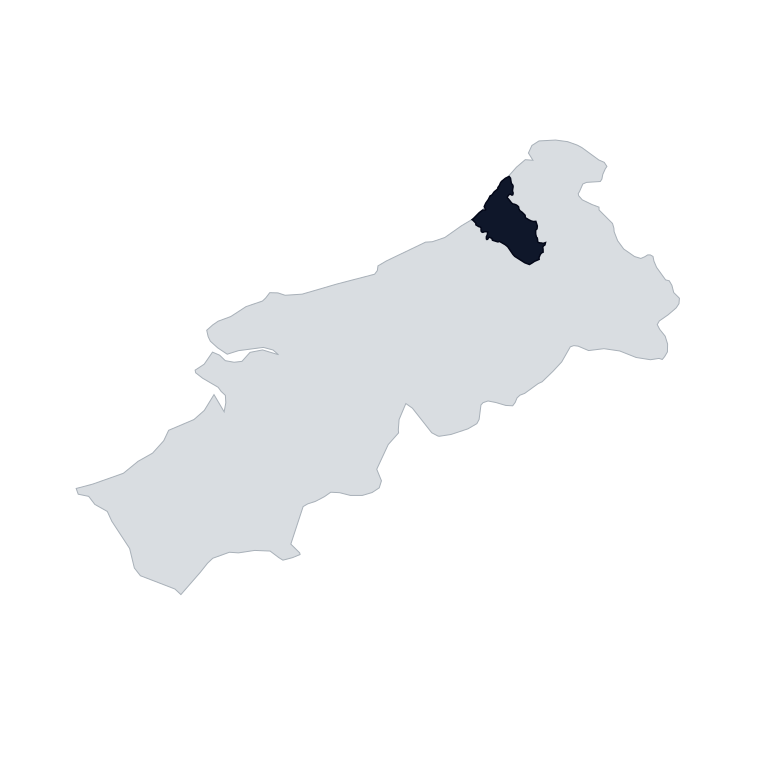 where Porto sits in Portugal, rotated 52°
{"feature_id": "PRT-754", "entity_name": "Porto", "entity_type": "District", "adm_level": 1, "iso_a3": "PRT", "parent_name": "Portugal", "parent_adm1": "", "projection": "mercator", "projection_center": [-8.398, 41.24], "detail": "fine", "context": "in_parent", "style": "filled", "palette": "ink", "viewbox_px": 768, "rotation_deg": 52, "n_neighbors": 0, "source": "natural_earth", "source_scale": "10m", "svg_char_len": 4086}
<svg xmlns="http://www.w3.org/2000/svg" viewBox="0 0 768 768"><g transform="rotate(52 384 384)"><path d="M297.4,98.6L306.1,90.1L314.8,84.6L319.6,82.5L339.7,76.8L344.9,74.0L349.8,74.4L350.7,77.2L353.5,82.5L356.7,86.2L357.6,88.9L349.8,100.3L348.8,104.2L352.8,111.6L353.5,113.7L355.5,114.7L360.9,114.4L370.5,109.7L377.0,105.7L379.3,107.4L398.2,105.1L402.7,106.9L405.7,108.9L415.0,111.7L425.2,112.0L437.8,108.1L443.2,104.3L444.3,100.0L444.6,96.8L446.2,94.7L449.1,93.5L453.5,95.7L459.9,97.4L475.3,98.0L478.3,95.7L483.5,96.4L490.3,99.4L498.3,98.4L502.3,102.1L503.9,106.9L504.4,117.5L503.8,128.2L505.4,132.1L510.7,133.1L519.4,133.0L527.1,135.9L533.2,140.9L535.2,146.0L536.0,149.6L533.1,151.6L528.9,159.1L518.3,169.0L503.1,177.9L491.6,188.9L483.6,202.2L473.7,207.7L470.6,210.8L469.4,214.3L476.0,230.4L478.0,242.8L479.6,258.0L478.6,262.3L478.0,278.9L476.5,283.8L476.9,287.8L479.3,292.0L480.4,296.0L475.9,301.2L467.5,307.2L461.4,312.5L459.7,317.4L460.2,320.5L470.5,330.9L472.4,335.2L471.0,345.5L465.0,362.3L459.3,372.5L458.3,373.5L451.8,376.4L420.5,376.5L412.9,378.8L414.0,380.9L421.3,394.0L429.0,401.0L431.5,402.6L434.3,417.9L446.7,442.2L458.7,445.6L462.9,451.7L462.2,460.2L458.5,469.6L451.1,479.1L442.3,485.9L436.5,492.6L436.1,500.3L434.3,510.2L431.5,517.9L430.8,523.2L452.8,556.0L465.1,554.4L466.7,555.1L464.5,563.0L460.6,572.1L456.0,573.8L445.5,576.6L435.5,588.4L427.5,602.6L421.4,609.4L415.9,626.2L416.6,633.5L419.3,644.7L424.9,673.7L416.8,675.0L385.1,694.0L375.3,694.0L357.0,685.7L324.6,683.0L314.1,680.5L300.9,686.0L290.7,685.9L282.6,692.8L276.8,690.9L283.5,675.3L293.9,644.3L293.5,625.4L296.0,608.9L293.1,592.5L287.9,582.2L295.0,555.6L294.2,541.9L287.7,524.5L307.5,527.1L301.4,520.2L295.3,516.0L289.5,516.9L284.5,516.7L267.7,523.4L259.2,525.5L256.8,524.3L257.7,513.5L253.3,499.5L260.1,495.8L267.9,494.7L274.6,488.7L278.7,482.0L276.6,470.1L282.4,458.7L296.0,449.1L288.9,450.5L280.9,456.5L268.1,478.2L264.0,489.2L253.1,492.8L243.4,494.5L238.4,493.4L232.5,490.6L232.0,482.5L232.4,476.0L236.5,463.2L238.1,445.0L243.8,428.7L243.4,424.3L241.7,417.8L246.9,411.5L253.2,407.3L262.8,393.2L276.2,359.6L291.7,323.8L290.5,319.4L287.2,316.0L288.5,306.3L297.8,263.9L301.6,258.4L306.0,245.9L307.0,225.7L308.7,211.8L308.3,204.8L306.9,196.4L301.0,180.3L294.7,146.1L294.2,134.6L299.4,128.9L290.9,128.0L287.1,120.6L287.9,112.2L297.4,98.6Z" fill="#d9dde1" stroke="#a8b0b8" stroke-width="1"/><path d="M308.7,213.4L308.7,211.7L307.6,203.4L307.7,199.1L309.3,197.3L309.3,196.6L305.9,195.8L304.1,192.4L302.8,188.1L301.1,184.6L301.5,183.0L301.3,181.6L300.8,180.2L300.4,178.7L300.4,174.9L300.0,173.7L299.3,173.3L298.9,172.1L298.6,170.8L297.3,168.5L296.7,166.7L296.7,165.2L296.6,161.6L297.5,157.6L299.7,157.6L302.0,158.9L304.3,160.1L306.7,160.1L307.6,160.5L308.4,161.2L309.0,161.9L310.6,163.6L311.9,164.3L312.9,164.6L313.8,165.5L314.2,166.2L313.9,166.9L313.3,167.2L312.4,167.4L311.7,168.4L311.9,169.3L312.3,171.0L312.8,171.9L313.4,172.2L313.8,172.2L314.7,172.0L319.9,172.0L320.6,171.8L321.4,171.6L322.1,171.0L322.8,170.4L324.6,169.4L326.2,169.0L327.3,168.9L328.0,169.3L328.7,169.8L331.0,170.2L333.8,169.4L337.7,168.9L338.4,169.2L339.7,170.1L340.3,170.1L342.5,169.2L343.2,169.0L346.0,167.7L347.9,166.3L349.3,164.2L353.9,165.9L355.8,167.8L356.1,168.6L356.0,169.7L359.3,172.2L362.2,173.5L363.3,173.3L365.3,174.4L366.3,175.3L367.3,175.2L368.0,174.9L368.7,174.3L369.2,173.8L369.5,173.4L370.2,172.8L370.7,172.5L371.1,172.0L371.5,171.4L371.6,170.9L372.0,169.7L373.5,171.6L373.4,172.7L373.5,173.8L374.2,174.9L375.6,175.6L378.1,177.5L377.7,179.1L378.1,181.0L379.7,183.9L380.9,184.8L381.3,185.0L380.0,189.9L379.8,192.9L379.4,195.8L375.2,198.4L363.9,202.4L361.3,202.6L352.0,202.0L348.9,202.7L342.7,205.2L342.3,206.5L342.0,206.9L337.5,210.0L335.6,209.4L333.2,210.6L333.1,211.2L333.2,212.0L333.6,212.6L333.7,213.4L333.4,214.0L332.7,214.0L331.0,212.7L330.3,211.3L329.9,210.6L328.0,208.6L326.3,210.4L325.9,211.1L325.3,212.8L324.6,213.3L323.6,213.4L322.3,212.7L321.6,211.9L320.7,211.5L319.6,211.5L318.2,212.5L315.2,213.6L313.7,212.6L309.6,213.1L308.7,213.4L308.7,213.4Z" fill="#0f172a" stroke="#020617" stroke-width="1.5"/></g></svg>